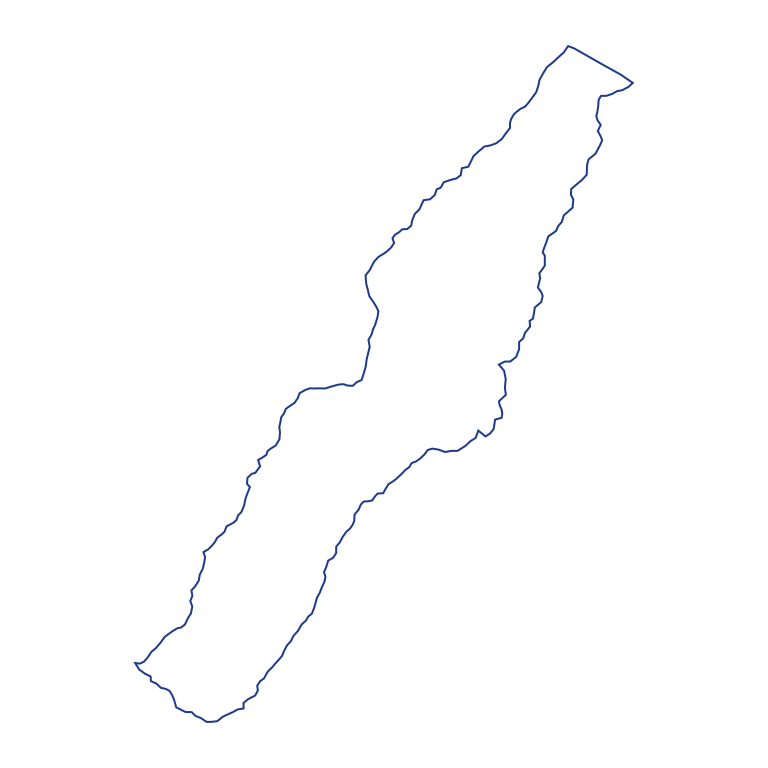 Lavínia, São Paulo, Brazil (Mercator projection)
{"feature_id": "56859067B69152415148491", "entity_name": "Lavínia", "entity_type": "district", "adm_level": 2, "iso_a3": "BRA", "parent_name": "Brazil", "parent_adm1": "São Paulo", "projection": "mercator", "projection_center": [-51.04, -21.147], "detail": "fine", "context": "isolated", "style": "outline", "palette": "blue", "viewbox_px": 768, "rotation_deg": 0, "n_neighbors": 0, "source": "geoboundaries", "source_scale": "gbopen_adm2", "svg_char_len": 3897}
<svg xmlns="http://www.w3.org/2000/svg" viewBox="0 0 768 768"><path d="M568.1,46.1L563.6,52.7L560.4,55.4L556.5,59.0L552.7,62.5L546.9,67.2L543.7,72.4L539.6,79.6L538.1,86.6L536.2,92.2L532.3,97.6L527.9,103.4L524.9,106.8L520.5,108.8L517.0,111.5L513.9,114.3L511.2,118.9L510.0,122.9L510.0,128.0L505.6,133.7L501.8,139.0L496.4,143.2L490.1,145.5L484.4,146.5L478.3,151.7L473.4,156.2L471.0,161.3L468.3,166.7L461.9,168.2L460.7,175.2L456.3,178.5L450.6,179.9L443.8,182.2L440.7,187.7L436.7,189.3L434.8,195.0L430.0,199.3L423.6,200.2L421.7,204.3L419.4,209.4L414.8,213.9L412.1,220.6L411.2,225.7L407.3,229.0L402.3,229.3L399.1,232.2L395.0,234.7L392.5,238.2L394.1,243.0L391.2,247.4L387.2,251.2L383.7,253.7L378.3,257.0L373.9,261.9L371.6,266.4L369.7,270.1L365.5,275.5L366.3,284.1L367.8,289.8L369.3,296.1L373.6,302.4L376.6,307.3L378.4,311.3L377.5,317.1L375.2,324.7L373.1,329.2L371.4,334.8L368.5,339.9L369.7,346.9L366.6,359.5L365.9,365.6L364.1,372.4L361.6,380.0L356.7,382.2L352.8,385.8L347.6,385.6L343.6,384.2L339.0,384.5L333.1,386.0L324.9,388.5L319.0,388.3L314.9,388.5L309.7,388.3L304.8,390.2L299.6,393.2L297.8,398.1L294.6,402.8L289.3,406.4L285.8,408.9L284.0,413.5L281.3,417.1L280.2,423.0L279.3,427.0L280.0,432.3L279.4,439.3L275.7,445.5L271.2,448.3L267.7,450.9L266.2,455.0L262.3,457.6L258.1,460.1L260.1,466.3L255.4,472.8L251.6,473.9L247.5,477.8L247.0,483.8L249.9,487.0L248.0,491.9L245.6,498.2L244.1,505.6L241.4,512.0L238.1,515.4L236.4,520.1L233.1,522.9L226.6,526.3L224.4,531.9L221.4,534.6L217.2,537.8L214.9,542.0L212.0,545.6L208.0,549.5L203.4,552.1L205.1,557.0L204.2,562.6L202.8,568.7L199.8,574.5L198.8,580.5L195.5,585.9L191.4,590.4L192.4,595.8L190.3,601.1L192.3,606.5L190.9,613.5L188.0,618.0L185.0,624.4L181.3,627.4L177.3,628.3L172.6,631.1L168.6,634.0L164.6,637.0L160.6,642.6L155.6,648.4L151.5,651.7L148.1,656.9L144.1,661.6L140.0,663.6L135.2,663.0L139.2,669.5L145.0,673.7L150.6,676.4L150.9,681.1L156.3,683.5L160.9,687.8L165.7,688.9L169.6,690.9L172.3,695.5L174.0,699.5L176.2,707.3L185.5,712.0L191.7,712.1L195.3,715.8L201.0,718.1L206.6,721.9L210.7,721.9L217.2,721.2L223.2,716.5L228.3,714.2L233.1,712.0L237.5,709.5L243.6,708.4L243.5,702.9L248.4,699.0L255.2,695.5L257.9,690.3L257.2,685.8L260.2,681.1L264.0,678.4L267.7,671.7L272.3,667.2L275.2,663.6L279.3,659.2L282.1,655.8L283.8,651.6L286.9,645.5L290.9,641.2L293.4,636.0L298.1,630.7L301.5,624.6L305.9,620.6L308.2,616.6L311.9,613.7L314.2,607.7L315.7,602.3L317.1,597.4L319.8,592.8L321.3,588.6L323.1,584.6L324.7,581.0L325.4,576.5L324.0,572.2L326.1,567.3L328.2,560.6L333.1,557.8L336.2,553.0L336.2,546.7L339.9,542.2L342.7,536.9L346.4,531.7L350.1,528.5L352.6,524.8L354.3,520.8L354.5,514.7L358.8,509.3L360.8,504.6L363.7,501.5L367.9,501.3L372.2,500.4L374.8,496.6L377.5,493.6L383.2,493.2L385.6,488.8L388.5,484.2L393.1,481.3L396.2,478.9L399.6,475.8L402.4,473.1L405.3,470.0L409.2,467.2L411.7,463.0L415.8,461.6L420.2,458.5L424.6,454.3L427.7,450.0L432.3,448.6L438.6,449.6L445.0,452.0L451.5,450.9L457.5,450.9L465.5,445.8L470.5,441.1L475.7,437.9L478.3,430.6L485.5,436.4L489.9,433.6L493.6,429.2L495.1,419.6L501.6,417.8L502.3,413.6L501.6,409.5L499.7,405.3L498.9,401.3L505.9,394.8L504.9,388.2L505.7,379.2L504.1,370.8L498.9,364.6L504.7,361.6L510.3,361.5L516.2,356.9L519.1,349.3L519.1,342.0L523.2,338.4L524.9,333.0L530.1,326.5L529.6,320.9L532.9,318.7L533.9,313.6L534.8,307.5L541.3,301.9L542.7,295.9L541.0,291.7L537.9,287.6L538.8,283.6L540.2,278.4L539.3,273.4L544.8,265.7L544.8,255.7L542.7,252.3L544.0,248.3L546.2,242.7L548.3,236.4L556.0,231.0L558.3,225.9L561.8,221.9L563.8,215.4L572.6,207.6L573.3,199.5L570.9,194.6L571.3,188.9L577.7,183.5L582.3,179.6L586.7,174.8L587.1,164.7L588.6,159.3L595.5,153.7L600.1,145.1L602.2,140.3L600.5,136.0L597.8,131.0L600.7,124.9L597.6,120.4L596.3,116.2L597.4,111.7L598.3,105.2L598.6,100.0L601.0,95.9L606.5,95.8L612.2,93.9L617.0,91.2L622.3,90.2L628.7,86.7L632.8,82.9L620.7,74.6L604.6,65.7L574.2,48.4L568.1,46.1Z" fill="none" stroke="#1e3a8a" stroke-width="2"/></svg>